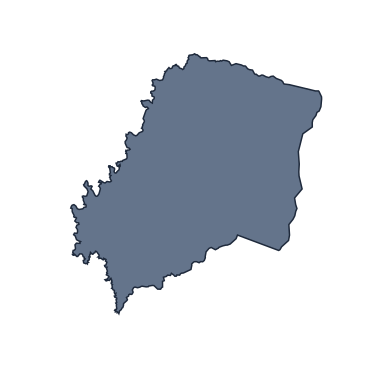 Bonito, Mato Grosso do Sul, Brazil, rotated 201°
{"feature_id": "56859067B97300483436171", "entity_name": "Bonito", "entity_type": "district", "adm_level": 2, "iso_a3": "BRA", "parent_name": "Brazil", "parent_adm1": "Mato Grosso do Sul", "projection": "mercator", "projection_center": [-56.337, -20.967], "detail": "fine", "context": "isolated", "style": "filled", "palette": "slate", "viewbox_px": 384, "rotation_deg": 201, "n_neighbors": 0, "source": "geoboundaries", "source_scale": "gbopen_adm2", "svg_char_len": 6010}
<svg xmlns="http://www.w3.org/2000/svg" viewBox="0 0 384 384"><g transform="rotate(201 192 192)"><path d="M281.3,91.0L280.4,90.4L279.5,90.6L278.7,91.6L276.6,90.5L275.6,90.9L274.6,94.0L272.7,94.7L271.6,94.2L270.5,92.7L269.2,92.5L268.8,91.3L267.8,91.3L268.0,90.2L269.0,89.1L267.7,87.0L265.4,87.0L264.7,87.7L263.9,87.4L264.2,88.4L263.5,89.2L264.4,89.4L264.7,90.5L263.8,91.3L263.8,92.6L264.9,94.5L263.9,94.9L265.0,96.4L264.7,97.4L265.1,99.2L263.0,98.2L262.2,98.4L261.9,99.6L260.9,100.5L260.9,102.1L259.8,102.2L256.1,99.8L255.9,98.6L256.5,97.6L255.5,97.8L255.1,96.6L253.4,97.5L250.6,96.8L250.0,97.4L250.5,98.4L248.1,98.2L248.0,96.5L246.3,96.0L246.2,93.0L247.3,92.1L246.6,91.2L245.6,90.9L244.4,91.3L244.6,90.2L242.6,87.8L242.8,86.2L241.8,85.7L242.3,85.0L242.3,84.0L239.8,83.6L239.1,83.1L240.0,80.3L241.8,78.9L240.3,78.2L238.5,79.7L237.5,79.8L237.0,81.0L237.4,82.0L236.6,82.4L236.3,81.4L235.2,80.9L235.1,79.8L234.3,79.3L234.9,78.0L234.2,77.3L233.1,77.2L233.2,76.1L232.1,74.3L232.5,73.3L231.5,73.2L230.6,72.4L229.2,72.3L228.4,70.1L227.6,69.4L226.8,70.1L226.7,68.6L225.9,68.0L227.2,67.0L226.4,66.2L224.3,66.0L223.9,64.9L224.3,64.3L222.7,61.8L223.4,61.0L222.1,60.0L221.9,58.8L220.5,56.3L220.5,55.1L221.5,54.9L221.8,53.8L220.9,53.7L220.6,52.6L219.4,53.4L218.6,53.3L218.5,52.5L217.6,53.1L216.7,52.3L217.0,55.1L215.9,56.8L215.8,58.5L215.2,59.3L215.3,61.4L215.9,63.3L213.9,67.3L213.7,68.3L215.4,70.1L213.9,72.1L214.2,73.5L213.3,74.5L212.2,74.5L211.4,75.1L211.2,76.1L211.1,77.4L212.6,79.2L212.2,81.8L211.2,82.8L208.5,83.1L206.5,84.5L205.8,85.5L204.8,86.2L200.8,87.0L198.9,87.9L198.6,88.7L195.5,90.6L193.9,91.0L189.3,89.0L186.5,90.0L186.0,92.1L185.4,92.7L187.5,98.0L186.1,99.3L188.1,102.2L185.7,104.0L185.0,105.6L182.2,106.4L182.1,108.7L179.5,108.0L177.8,107.2L176.4,107.9L176.4,109.1L173.7,110.0L173.5,111.4L172.8,112.4L171.0,113.3L165.2,119.3L165.9,123.4L166.5,124.7L165.4,127.1L164.7,127.8L162.7,128.6L160.0,128.5L159.0,130.1L157.0,130.7L156.0,132.5L156.0,135.4L156.5,136.3L157.4,141.1L155.9,145.5L154.2,147.1L149.5,146.5L147.3,149.0L147.0,150.0L144.0,152.7L141.4,154.5L140.1,155.0L137.7,157.1L134.1,164.2L134.1,168.1L90.1,168.5L89.2,169.7L88.7,173.0L84.5,181.3L85.5,186.7L89.9,196.3L87.9,202.8L87.5,206.6L88.2,211.1L88.1,214.2L90.7,217.4L94.1,223.2L90.3,234.3L97.8,245.3L99.5,249.1L101.9,256.5L107.2,267.8L109.4,286.0L103.0,295.8L104.6,299.9L105.1,302.8L103.7,307.8L103.9,311.1L102.3,313.2L102.2,317.8L104.3,325.2L105.2,327.3L109.3,331.2L110.1,331.7L112.9,330.6L139.6,327.1L144.4,325.9L145.3,326.0L146.7,327.4L148.5,328.2L154.0,328.2L157.7,329.3L159.7,328.2L161.2,326.4L164.1,326.1L167.7,326.5L168.9,326.1L170.4,324.5L171.6,324.1L174.3,325.0L175.1,324.5L176.1,324.8L179.2,327.5L182.4,326.8L184.3,327.0L186.9,328.6L187.7,328.7L188.9,328.1L191.5,328.3L196.9,327.6L200.6,324.3L204.0,326.9L206.4,327.0L210.2,326.2L211.3,324.9L212.6,324.8L213.3,323.8L215.3,323.2L216.7,322.1L217.6,323.0L222.6,320.7L223.9,320.7L224.8,321.3L225.4,322.3L226.7,322.6L231.6,320.5L232.5,320.5L233.2,321.3L234.2,321.2L235.7,321.8L236.5,322.0L237.7,321.5L239.0,322.0L240.6,320.3L243.6,318.7L243.8,317.8L243.4,317.2L243.8,316.1L242.6,314.8L243.3,313.4L243.4,312.4L242.7,310.6L243.5,309.8L243.5,307.2L244.3,305.8L243.8,304.2L244.6,303.0L245.6,303.4L248.2,303.3L249.6,304.6L250.6,304.3L252.5,305.4L253.1,304.9L252.6,304.3L254.8,303.0L255.1,302.1L254.9,300.9L255.7,299.8L256.9,299.3L258.1,299.9L259.1,297.2L259.1,296.0L260.5,294.8L259.7,294.3L260.1,292.2L259.7,291.2L260.0,289.6L259.5,288.4L259.7,286.1L262.1,284.5L265.7,284.6L267.3,283.3L269.0,282.6L269.2,281.7L267.7,280.2L267.0,278.5L267.5,277.6L266.8,277.1L264.7,277.4L263.9,276.6L263.2,274.3L263.6,273.2L264.5,272.2L265.8,271.7L266.4,270.8L266.0,269.6L264.8,269.5L263.7,267.2L261.6,267.2L261.0,266.6L260.8,265.5L261.8,263.6L260.9,260.8L262.8,261.0L264.9,262.2L266.3,261.9L269.7,259.7L272.0,259.2L272.1,258.3L271.2,258.0L270.4,256.4L269.3,255.9L268.6,254.9L265.9,254.2L264.7,255.2L263.5,254.9L262.6,254.2L263.9,252.7L264.2,251.4L264.0,244.0L263.9,242.9L262.2,241.7L261.7,240.6L262.2,237.1L261.7,236.3L261.9,235.4L261.5,234.4L262.0,233.5L260.6,233.0L259.8,232.1L259.9,230.8L262.5,228.4L263.7,225.2L264.6,224.3L267.1,224.4L269.8,225.6L271.6,225.6L272.5,224.7L272.1,223.8L272.6,222.9L273.1,222.3L274.2,222.3L273.7,220.5L271.9,219.2L271.9,216.9L272.5,215.2L271.8,213.5L268.6,210.3L266.3,210.4L265.1,209.7L265.7,208.7L267.0,208.2L267.6,207.3L268.6,207.3L268.5,206.2L267.7,205.8L267.6,204.3L266.6,204.5L264.9,200.8L265.0,199.5L268.0,196.6L268.1,195.6L269.3,195.3L270.6,194.0L271.9,193.8L272.2,192.4L273.2,191.7L271.2,189.4L270.3,189.4L269.1,191.9L268.6,191.2L268.3,190.0L268.9,189.1L268.3,187.9L268.1,186.5L269.3,184.2L269.4,183.0L270.1,182.3L271.2,182.3L272.1,183.1L272.4,185.7L273.1,186.5L274.8,186.5L275.7,187.0L277.4,186.1L277.8,187.1L279.0,186.7L278.9,185.6L277.3,184.6L275.0,180.6L275.6,179.5L275.2,178.4L273.6,178.4L274.2,176.3L273.4,175.9L273.1,174.9L271.2,173.5L271.6,172.6L272.6,171.8L275.1,171.4L276.3,169.4L277.3,169.1L282.2,170.0L282.7,168.8L282.7,167.6L279.8,168.0L279.7,167.1L280.6,166.2L281.2,164.0L280.3,163.8L278.7,162.3L278.2,157.0L278.7,154.6L279.3,153.9L280.2,153.7L281.4,154.2L285.1,157.6L287.5,158.5L287.3,161.5L288.4,161.6L290.1,160.5L291.4,160.7L292.3,163.1L293.6,164.4L294.4,164.8L295.2,163.8L295.3,161.1L295.8,159.9L294.8,158.9L291.2,157.3L289.1,155.1L288.9,150.7L290.1,149.7L292.0,149.4L292.8,148.7L292.2,147.6L291.2,147.3L290.6,145.4L288.3,143.0L288.6,141.6L287.8,141.5L286.7,142.2L285.9,141.2L285.6,140.0L287.3,139.0L287.9,137.2L291.2,135.2L293.1,135.3L295.5,137.3L297.7,137.9L299.1,136.8L299.5,135.5L299.4,133.5L298.0,133.6L296.7,130.6L293.7,127.9L293.5,126.5L292.5,126.2L291.4,126.7L290.5,126.3L291.0,122.9L288.6,122.0L286.8,122.6L286.0,121.3L287.6,119.7L287.6,117.4L285.4,115.8L284.5,113.6L284.6,112.2L287.0,111.5L287.2,109.7L285.3,109.1L282.7,106.1L280.2,105.7L278.2,105.8L278.6,104.7L278.2,103.9L281.6,102.8L282.3,100.7L280.6,97.7L280.5,96.7L281.0,95.5L282.0,94.9L281.7,92.9L279.8,91.8L280.7,91.6L281.3,91.0Z" fill="#64748b" stroke="#1e293b" stroke-width="1.5"/></g></svg>